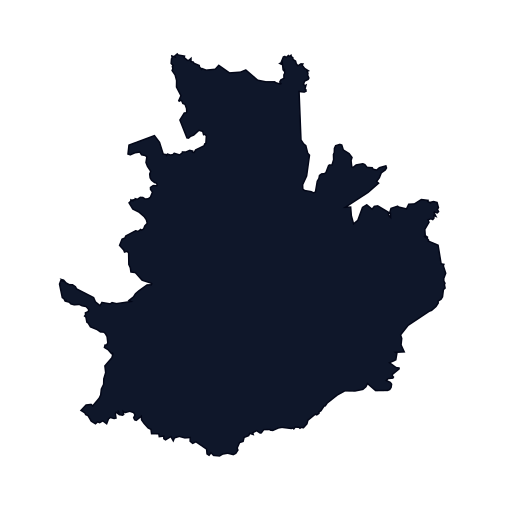 outline of Santa Inés Ahuatempan, Puebla, Mexico, rotated 97°
{"feature_id": "50627088B3656235949404", "entity_name": "Santa Inés Ahuatempan", "entity_type": "district", "adm_level": 2, "iso_a3": "MEX", "parent_name": "Mexico", "parent_adm1": "Puebla", "projection": "orthographic", "projection_center": [-98.063, 18.402], "detail": "fine", "context": "isolated", "style": "filled", "palette": "ink", "viewbox_px": 512, "rotation_deg": 97, "n_neighbors": 0, "source": "geoboundaries", "source_scale": "gbopen_adm2", "svg_char_len": 6026}
<svg xmlns="http://www.w3.org/2000/svg" viewBox="0 0 512 512"><g transform="rotate(97 256 256)"><path d="M71.1,342.0L71.0,344.2L67.8,344.6L70.0,346.5L70.2,347.8L67.8,351.5L66.3,351.3L66.0,357.8L65.0,358.8L67.5,361.1L68.4,360.5L67.7,363.9L70.0,363.3L70.6,363.9L75.2,363.7L77.0,361.4L78.0,362.1L80.2,361.4L82.1,361.9L86.2,358.3L91.5,356.2L98.0,355.5L106.0,350.0L111.2,351.6L111.7,351.1L110.6,349.6L111.2,348.5L113.5,347.2L114.1,344.9L118.1,342.9L121.6,342.3L122.5,343.0L122.8,344.6L130.3,348.1L147.2,338.9L147.2,337.3L145.2,335.6L143.6,332.6L138.2,328.0L138.8,324.1L142.0,322.8L141.5,321.2L143.0,319.9L150.3,319.5L151.0,320.6L152.9,320.9L158.1,328.9L160.9,330.0L160.8,331.6L159.6,331.6L159.2,334.6L161.4,338.4L161.7,341.7L162.6,341.7L165.0,344.1L164.0,349.7L165.5,350.8L166.2,353.2L165.6,356.3L167.1,357.0L166.3,357.7L166.2,360.5L155.0,365.6L148.9,371.5L161.4,395.6L170.4,395.5L170.9,393.1L168.3,388.7L167.0,384.0L169.5,381.9L169.8,378.1L170.9,376.4L176.6,376.6L180.3,374.6L184.7,370.8L187.6,371.5L191.3,370.6L193.5,368.9L195.5,365.6L195.5,364.3L197.0,362.8L198.4,363.0L198.6,366.6L200.8,369.1L202.8,368.8L205.2,366.5L210.6,368.0L212.3,370.0L213.0,372.8L211.7,375.5L211.9,378.0L214.2,380.6L213.8,382.9L214.8,382.9L215.3,385.0L216.2,385.0L215.5,387.0L216.9,387.0L218.7,388.5L224.4,384.0L226.7,377.5L230.5,371.8L233.3,369.3L236.8,367.9L239.6,370.0L243.0,370.9L244.3,372.9L243.7,373.7L246.0,376.0L245.6,378.5L252.0,387.7L254.1,388.3L255.6,391.0L262.1,392.7L266.2,388.0L268.1,387.0L267.1,384.4L268.5,382.8L279.9,381.2L283.0,379.3L287.1,378.2L287.2,373.7L293.9,366.1L295.6,357.4L296.1,356.1L297.3,356.3L298.0,360.6L304.8,368.0L308.1,371.0L311.5,372.6L315.6,376.7L316.4,374.5L320.3,388.7L319.8,393.2L321.3,394.9L320.9,403.3L324.3,404.7L321.1,409.8L317.1,412.1L310.5,430.1L308.5,431.5L306.9,434.6L307.2,437.8L305.8,441.3L303.4,444.0L303.1,446.0L304.4,444.6L304.0,446.7L307.8,447.6L320.9,443.2L321.7,441.5L323.8,440.1L323.4,439.2L324.1,439.3L324.6,435.7L326.1,433.9L326.6,430.5L325.6,425.4L326.6,422.6L326.9,418.4L329.4,415.6L331.5,415.6L333.2,418.4L335.2,418.0L336.5,418.8L337.3,417.4L342.3,415.8L343.0,414.4L346.5,411.7L348.4,404.7L350.3,401.2L350.1,397.8L351.2,396.2L354.1,394.0L360.2,392.5L362.5,393.4L362.8,395.0L365.3,395.3L367.0,391.4L370.6,387.4L369.9,386.5L370.7,386.1L374.5,386.6L383.5,392.6L390.1,391.0L396.4,392.1L402.0,391.6L406.9,393.3L412.9,393.2L416.2,394.3L424.7,399.8L423.4,401.6L424.6,406.5L430.6,410.9L432.5,406.8L434.2,405.7L434.9,403.3L440.0,399.4L442.1,394.9L439.9,393.0L440.5,390.9L438.3,388.0L440.7,383.8L435.5,382.5L434.0,380.8L434.6,377.0L433.9,375.2L429.6,376.4L428.1,375.8L429.6,373.3L426.0,374.1L430.1,371.9L430.3,369.1L429.4,368.0L426.3,369.0L427.3,366.7L425.5,362.4L426.3,358.4L428.5,356.7L431.4,357.7L433.4,356.4L433.7,354.8L429.0,350.3L432.6,349.6L435.8,346.7L439.8,342.1L440.9,339.1L445.1,338.0L444.3,330.8L447.1,330.0L446.0,325.6L448.6,325.2L449.5,323.4L445.6,318.5L449.5,315.6L446.5,314.8L444.4,310.1L445.2,304.5L444.2,299.2L447.9,298.8L449.7,296.0L447.7,293.0L453.7,281.5L458.4,280.5L459.5,278.3L456.7,276.7L459.1,273.8L458.9,267.8L456.7,265.0L455.2,260.1L455.9,254.3L454.3,252.0L450.8,250.3L448.9,251.3L443.2,249.6L441.6,246.2L437.5,245.7L435.2,241.4L432.8,240.6L433.5,237.0L431.8,237.7L429.3,234.1L431.2,230.3L430.9,229.2L427.4,227.2L426.5,220.9L427.1,220.5L427.1,218.1L423.9,212.7L422.9,209.3L422.9,199.8L422.2,198.6L423.0,197.4L421.0,196.2L420.8,192.5L421.6,191.4L420.6,190.2L420.7,188.0L416.4,185.0L412.7,184.5L406.4,178.5L405.7,177.5L406.3,176.7L405.9,175.8L404.4,174.3L403.0,174.4L401.7,172.7L396.7,170.2L396.3,169.0L393.2,167.4L384.0,158.3L379.0,151.4L377.9,141.2L375.4,133.7L372.4,131.0L369.0,129.8L375.0,120.9L373.4,109.0L372.2,107.0L370.0,105.9L366.7,105.8L365.1,107.3L363.7,111.5L361.6,110.0L360.5,105.3L359.4,104.8L358.5,106.0L356.9,106.2L350.6,100.2L349.7,100.4L349.7,103.3L345.7,110.5L342.0,104.6L335.5,104.3L334.6,105.9L333.1,97.2L326.6,101.2L320.1,101.3L316.7,102.9L306.3,96.6L289.7,77.3L288.6,75.1L284.2,71.2L280.5,69.4L278.6,69.8L276.4,67.1L273.8,65.9L266.5,65.9L264.8,64.4L261.5,65.5L260.0,65.1L258.1,66.5L255.4,66.9L250.0,65.6L242.9,68.9L241.4,68.5L241.2,71.3L223.1,76.6L220.2,86.8L219.2,86.7L217.6,88.4L216.4,88.1L215.6,89.6L216.8,90.0L216.1,91.2L214.6,90.6L209.0,91.7L201.4,88.4L199.2,89.8L197.7,86.9L198.3,85.0L196.7,84.0L194.1,84.4L194.7,82.3L191.3,84.6L190.4,84.3L191.2,81.4L189.7,80.2L187.6,81.7L185.8,80.8L180.8,82.8L180.3,86.4L181.3,89.1L182.0,89.2L180.9,92.3L179.8,92.0L179.8,98.8L185.0,105.1L186.0,110.7L190.9,112.4L190.0,120.5L189.3,121.5L192.3,127.8L197.3,128.7L197.2,127.7L201.3,127.1L199.3,129.4L196.4,130.0L191.4,141.3L192.3,144.6L195.4,146.5L191.7,152.3L194.8,156.2L208.2,159.3L212.2,163.1L204.3,166.3L195.9,168.0L196.8,173.4L179.2,152.5L168.8,143.2L167.3,145.4L163.3,143.1L158.2,141.8L154.9,138.2L152.7,137.2L150.7,138.1L153.3,144.3L156.0,146.7L155.6,150.3L154.2,151.4L154.5,156.6L152.0,159.1L151.4,161.2L153.4,167.7L156.3,170.5L155.8,171.8L149.6,173.3L146.5,172.7L143.0,176.1L140.1,182.3L135.4,184.4L135.0,186.4L136.8,190.4L139.6,191.3L143.8,190.9L145.8,191.5L150.9,190.7L156.5,191.7L156.7,194.3L157.5,195.0L164.8,196.8L166.0,198.3L166.5,200.9L168.3,202.8L171.4,203.0L174.3,204.3L185.2,204.8L186.3,206.5L185.4,209.2L185.1,215.7L183.9,217.7L179.5,218.4L170.4,215.5L149.4,215.2L147.7,217.2L140.4,220.0L138.9,222.4L135.3,225.5L87.5,233.3L87.4,228.1L86.3,226.4L84.8,226.8L84.3,227.8L80.3,227.2L81.0,228.2L79.8,229.8L76.6,229.1L74.4,225.8L72.9,225.2L70.2,226.8L68.3,226.7L66.4,227.8L65.8,226.6L63.9,230.6L61.0,233.5L59.7,232.9L59.8,234.8L62.1,237.6L60.2,239.5L57.7,240.5L56.4,243.3L54.7,243.6L53.8,245.3L52.5,245.7L54.0,247.5L53.1,248.3L55.3,250.3L54.4,251.7L55.1,253.1L61.4,254.8L62.0,255.8L62.6,254.3L60.9,253.4L67.9,251.8L68.7,250.9L67.8,250.4L70.9,249.7L72.8,250.4L76.2,249.9L78.2,252.8L80.4,253.6L81.9,252.2L82.4,252.9L81.5,257.9L80.8,258.6L81.9,267.6L81.3,275.8L72.6,288.8L75.4,293.8L77.5,304.6L71.3,316.2L75.6,319.2L77.6,328.1L76.5,332.5L77.3,332.9L75.3,335.1L73.8,335.6L72.3,341.0L71.1,342.0Z" fill="#0f172a" stroke="#020617" stroke-width="1.5"/></g></svg>